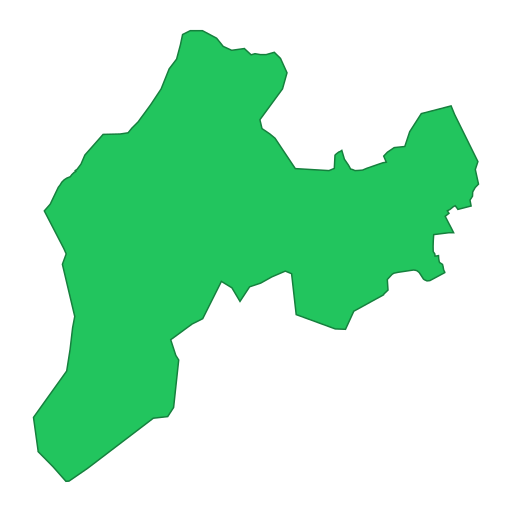 outline of Egbedore, Osun, Nigeria
{"feature_id": "59680162B61270202433812", "entity_name": "Egbedore", "entity_type": "district", "adm_level": 2, "iso_a3": "NGA", "parent_name": "Nigeria", "parent_adm1": "Osun", "projection": "orthographic", "projection_center": [4.451, 7.783], "detail": "fine", "context": "isolated", "style": "filled", "palette": "green", "viewbox_px": 512, "rotation_deg": 0, "n_neighbors": 0, "source": "geoboundaries", "source_scale": "gbopen_adm2", "svg_char_len": 2106}
<svg xmlns="http://www.w3.org/2000/svg" viewBox="0 0 512 512"><path d="M182.6,34.5L180.4,44.9L176.6,59.1L169.2,68.8L161.1,89.0L150.7,104.7L144.2,113.6L141.2,117.6L138.2,121.8L131.9,128.1L128.1,132.8L120.1,134.0L103.1,134.4L84.9,155.0L81.0,164.1L77.1,169.3L75.2,170.6L75.8,171.5L74.4,172.2L72.8,173.7L71.7,174.8L70.3,176.7L69.1,177.2L67.0,178.0L64.2,179.8L61.8,182.2L60.1,185.0L58.3,187.3L50.2,204.2L44.3,210.9L63.8,248.5L66.2,253.9L62.4,264.3L74.6,315.8L74.8,316.2L72.6,327.8L70.1,349.4L66.7,371.0L33.5,417.4L38.1,450.8L38.1,451.6L53.0,466.7L65.9,481.3L69.0,481.1L87.6,468.3L153.3,418.2L167.7,416.6L173.6,407.5L178.7,360.0L175.8,355.4L170.7,339.7L192.1,324.0L202.7,318.7L221.4,281.4L231.9,287.8L240.0,301.4L249.6,286.8L260.7,283.1L271.8,276.9L285.3,271.1L291.6,273.7L296.2,314.6L335.2,328.9L345.5,329.3L353.8,311.2L383.6,294.8L383.9,294.0L388.0,290.1L387.3,279.5L390.6,275.9L392.1,274.3L393.9,273.2L398.1,272.3L410.2,270.5L413.6,270.0L415.5,270.3L417.1,270.8L419.2,272.5L423.5,279.1L424.7,279.9L427.0,280.9L429.9,280.6L444.8,272.6L444.7,272.0L443.7,270.1L443.5,268.8L443.3,268.2L443.2,267.1L442.5,264.4L439.6,262.5L439.2,261.5L438.7,258.6L438.5,255.6L436.4,256.0L435.0,256.1L434.8,253.9L433.2,251.6L433.1,246.3L433.3,240.4L433.7,234.6L449.0,232.7L453.6,232.7L451.5,228.5L448.3,222.4L445.2,216.3L449.0,213.3L447.3,210.8L449.9,209.5L453.3,206.7L455.2,205.7L457.4,208.6L457.9,209.4L471.1,206.0L470.0,200.1L472.5,196.2L472.7,191.9L475.2,187.5L478.5,184.1L475.3,169.5L477.9,161.6L454.6,114.5L451.1,105.9L421.3,113.6L409.7,131.7L404.8,146.5L394.2,147.6L387.4,152.2L383.7,156.1L386.3,162.2L383.1,162.7L378.6,164.2L366.8,168.3L362.5,170.1L358.9,170.4L355.0,170.6L352.9,169.7L351.5,169.2L350.7,169.2L348.5,165.2L344.4,159.2L341.8,150.4L340.2,151.5L338.8,152.0L336.3,153.9L335.0,155.2L334.3,168.4L329.0,170.6L295.3,168.6L275.0,138.2L269.8,133.9L262.0,128.6L259.9,119.7L282.5,88.9L287.0,72.8L281.3,60.2L280.5,58.4L274.3,52.3L266.2,54.6L260.3,54.6L255.0,53.7L251.1,54.8L244.3,48.5L244.0,48.6L231.7,50.3L223.2,46.4L216.6,38.2L202.5,30.7L190.2,30.7L182.6,34.5Z" fill="#22c55e" stroke="#15803d" stroke-width="1.5"/></svg>